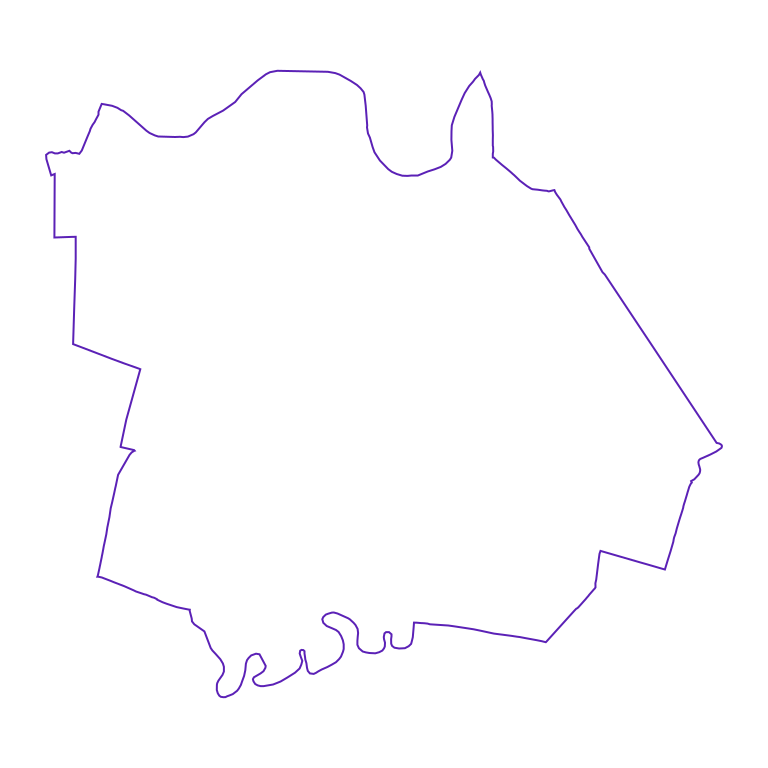 outline of Cilibia, Buzau, Romania
{"feature_id": "2599482B67020299578816", "entity_name": "Cilibia", "entity_type": "district", "adm_level": 2, "iso_a3": "ROU", "parent_name": "Romania", "parent_adm1": "Buzau", "projection": "equal_earth", "projection_center": [27.05, 45.044], "detail": "fine", "context": "isolated", "style": "outline", "palette": "violet", "viewbox_px": 768, "rotation_deg": 0, "n_neighbors": 0, "source": "geoboundaries", "source_scale": "gbopen_adm2", "svg_char_len": 5840}
<svg xmlns="http://www.w3.org/2000/svg" viewBox="0 0 768 768"><path d="M664.9,569.5L667.7,560.3L670.6,551.1L673.3,541.8L673.8,538.8L674.2,537.2L675.6,533.4L676.8,528.5L679.3,520.1L680.3,516.9L681.2,514.2L682.4,510.4L683.2,507.7L683.4,506.3L684.1,503.8L684.9,501.4L686.7,495.4L687.7,491.9L688.0,491.0L688.6,489.0L689.2,487.0L689.7,485.9L690.5,484.3L691.2,483.2L691.8,482.6L691.1,481.1L694.3,479.3L698.7,474.6L699.6,473.1L700.0,471.7L700.2,470.1L700.1,469.2L699.3,466.2L698.7,464.4L698.4,462.3L698.7,460.9L699.3,459.8L700.4,458.9L702.8,457.9L710.4,454.5L716.3,451.5L721.4,447.9L721.6,447.5L721.9,446.5L721.8,445.4L721.1,444.6L719.3,443.5L716.6,442.9L652.1,345.6L639.9,327.3L604.8,274.5L602.5,272.2L592.4,254.3L589.3,248.8L589.2,247.3L582.3,236.8L580.9,234.3L579.3,231.9L577.4,228.9L575.3,225.0L569.3,215.2L566.2,209.8L564.5,207.2L562.9,204.3L561.4,201.6L560.4,199.5L556.8,194.7L555.2,192.1L554.4,190.1L553.2,190.3L549.3,191.3L548.2,191.3L547.6,191.0L546.9,190.8L544.4,190.6L542.5,190.4L537.7,189.7L534.5,189.4L532.5,189.2L531.2,188.7L527.0,186.1L524.6,184.3L519.9,180.7L516.2,177.1L514.1,175.1L512.8,174.0L511.4,172.7L509.8,171.3L506.1,168.2L502.0,164.9L498.5,161.9L495.7,159.5L494.0,157.7L492.8,157.5L492.8,153.7L492.9,153.3L493.2,151.4L493.1,146.8L492.8,145.7L492.8,143.1L492.8,139.8L492.9,135.3L492.7,129.5L492.7,127.1L492.6,122.2L492.6,119.0L492.5,115.9L492.5,114.7L492.4,113.4L492.3,111.9L492.0,108.8L491.7,105.7L491.8,104.4L491.7,101.4L491.2,99.8L490.7,98.2L489.2,94.6L488.0,92.0L485.2,85.5L484.3,82.7L483.8,80.8L482.8,79.1L480.8,74.5L480.2,72.6L478.9,75.0L475.1,78.8L473.1,81.6L469.2,86.0L464.7,93.1L461.7,99.6L454.4,116.9L451.8,125.3L451.5,131.2L451.4,139.8L452.3,150.8L451.2,157.6L449.8,159.8L445.6,163.9L440.8,166.9L434.6,169.3L427.7,171.5L417.9,175.5L411.7,175.5L407.5,175.9L402.3,175.7L396.7,174.0L391.8,171.8L388.2,169.1L379.9,160.5L374.5,152.3L372.6,147.0L369.9,137.6L368.0,133.5L367.0,127.4L367.2,125.4L365.7,105.7L364.4,94.6L363.6,92.0L360.6,88.3L357.0,85.0L350.7,80.9L339.5,74.6L335.3,73.1L327.9,71.8L277.3,70.8L270.0,72.2L265.9,74.3L257.7,80.4L241.5,94.2L235.2,102.0L223.1,110.6L212.8,116.0L207.9,118.9L204.4,122.3L195.8,132.4L193.5,134.2L187.9,136.6L183.3,137.1L180.0,136.8L175.1,137.0L158.2,136.5L154.8,135.4L149.6,133.0L146.4,130.7L129.1,115.4L123.1,110.8L121.2,110.2L117.4,107.8L112.1,105.8L104.1,104.3L101.7,103.9L98.5,111.7L98.5,114.7L97.8,116.0L96.0,119.3L94.6,122.1L92.7,124.7L90.5,128.8L89.8,131.2L87.5,136.6L85.2,142.2L81.8,150.5L79.3,153.8L75.6,152.9L72.5,153.2L71.2,152.6L69.4,150.8L64.0,152.7L61.7,152.0L57.8,153.4L54.9,153.4L51.9,152.2L49.1,152.6L46.1,154.9L46.4,159.1L51.2,175.4L54.7,174.0L54.4,237.5L71.5,236.9L75.7,236.8L75.7,258.6L75.2,279.0L74.2,308.2L73.1,344.1L97.8,353.5L111.9,358.9L124.1,363.4L139.1,368.7L140.3,369.2L126.3,419.6L123.0,435.3L120.6,446.7L120.6,447.0L134.1,450.1L134.6,450.7L134.2,450.8L131.7,452.4L129.6,454.8L118.1,474.8L116.7,481.5L115.7,486.3L115.3,487.9L114.2,493.1L113.2,497.6L112.1,502.5L110.7,508.3L109.4,517.3L109.1,518.7L107.6,526.2L107.4,527.0L106.3,534.3L104.2,544.3L104.0,545.0L103.5,547.7L103.2,549.5L103.0,550.3L102.9,551.0L102.7,552.1L102.3,554.2L101.9,556.0L101.7,557.3L100.7,562.1L100.0,565.6L99.8,566.4L99.5,568.0L98.4,573.0L98.0,574.8L97.7,576.0L97.4,576.7L97.9,576.7L99.2,576.9L101.9,577.5L103.4,578.1L106.8,579.4L110.7,580.9L114.1,582.3L124.3,586.2L133.8,590.4L136.0,591.5L142.6,593.7L143.6,594.1L146.1,594.7L151.1,596.8L151.7,597.1L154.3,597.8L157.1,599.3L157.2,599.7L162.5,602.2L166.5,603.7L174.9,606.5L176.7,607.1L182.8,608.4L188.4,609.5L189.8,609.7L189.7,610.7L189.8,611.3L191.7,618.5L192.0,621.4L194.3,624.3L204.4,631.4L209.3,644.3L210.7,648.0L212.4,650.5L215.5,653.8L220.3,659.2L222.9,663.5L223.9,666.8L223.9,671.5L222.5,674.9L218.4,680.7L217.2,683.2L216.9,684.8L216.8,690.0L217.8,693.3L219.3,695.7L220.8,696.8L223.5,697.2L225.5,697.1L227.3,696.2L229.3,695.5L232.8,694.1L237.1,690.8L238.8,688.6L240.9,684.9L242.1,681.4L244.1,675.9L245.3,670.3L245.9,663.7L247.0,660.2L248.6,658.0L251.2,655.4L256.0,653.7L259.5,654.3L265.7,665.9L265.4,667.8L263.5,671.2L260.6,673.4L253.9,677.3L252.9,679.2L253.5,681.4L255.2,684.0L257.7,685.4L260.5,686.1L263.8,686.1L273.1,684.5L277.9,682.6L280.6,681.5L287.4,677.5L295.0,672.7L299.6,668.5L301.3,664.6L302.3,660.9L300.7,656.6L299.7,653.5L300.2,650.7L301.5,649.9L303.4,650.1L304.5,651.2L304.5,653.5L305.1,657.5L305.3,659.4L306.4,663.2L307.0,667.8L307.8,670.9L309.9,673.4L313.7,673.9L315.9,672.9L318.4,671.3L321.7,669.5L327.4,667.0L331.7,664.7L336.0,662.2L339.2,659.0L341.0,656.6L343.0,651.7L343.7,649.0L343.7,644.3L342.9,640.4L341.1,636.0L338.6,632.0L336.0,630.0L331.9,628.2L326.7,626.0L323.3,622.8L322.3,619.2L323.3,617.0L325.8,614.6L328.2,613.7L331.9,612.6L333.8,612.5L337.5,613.5L348.0,618.2L349.8,619.3L353.6,622.8L355.5,625.0L357.6,628.9L358.1,633.0L357.7,637.0L357.4,640.9L357.4,644.8L358.9,648.2L362.7,651.5L365.9,652.4L369.4,653.0L375.3,653.3L379.2,652.2L382.3,650.6L384.0,648.4L384.8,646.5L385.0,642.7L384.0,639.0L383.8,637.0L384.5,633.4L386.1,632.1L389.0,632.1L390.0,633.0L391.5,634.3L391.5,636.3L391.1,639.2L391.2,643.7L392.1,645.9L394.4,647.7L399.1,648.5L404.9,648.2L408.7,646.2L411.1,643.9L411.5,642.5L412.2,639.7L412.8,637.2L413.6,627.9L414.0,622.6L416.7,622.7L421.4,623.1L423.9,623.2L427.6,623.6L429.9,624.3L448.3,625.5L454.0,626.3L467.9,628.4L473.7,629.3L481.0,630.8L493.0,633.4L494.0,633.6L500.2,634.4L501.9,634.6L504.9,635.0L511.1,635.8L517.0,636.7L519.5,637.0L525.3,638.1L536.8,640.2L541.8,641.2L545.8,642.2L546.6,641.4L549.5,638.2L574.0,611.1L575.4,609.6L576.3,608.7L577.3,608.2L578.0,607.6L578.7,606.9L582.2,603.0L582.9,602.2L585.5,599.3L586.9,597.6L588.4,595.9L589.2,594.8L591.3,592.4L592.1,591.5L593.8,589.5L594.7,588.6L595.5,587.4L595.4,583.2L596.2,579.7L598.0,565.0L598.1,564.1L599.5,553.8L600.5,550.9L640.2,562.4L647.6,564.5L661.0,568.4L664.9,569.5Z" fill="none" stroke="#5b21b6" stroke-width="2"/></svg>